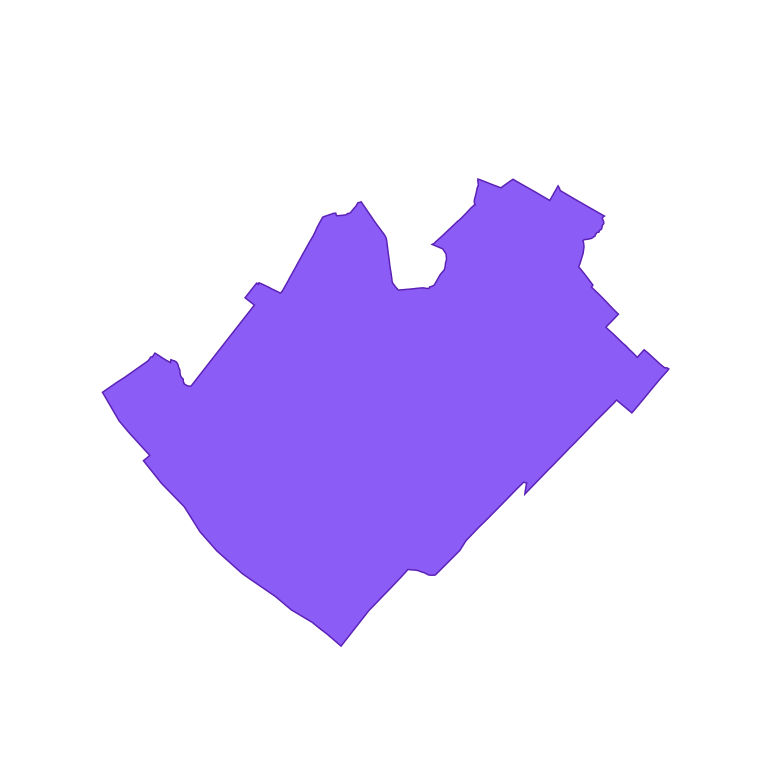 outline of Ostroveni, Dolj, Romania, rotated 26°
{"feature_id": "2599482B82593705171152", "entity_name": "Ostroveni", "entity_type": "district", "adm_level": 2, "iso_a3": "ROU", "parent_name": "Romania", "parent_adm1": "Dolj", "projection": "orthographic", "projection_center": [23.874, 43.804], "detail": "fine", "context": "isolated", "style": "filled", "palette": "violet", "viewbox_px": 768, "rotation_deg": 26, "n_neighbors": 0, "source": "geoboundaries", "source_scale": "gbopen_adm2", "svg_char_len": 6098}
<svg xmlns="http://www.w3.org/2000/svg" viewBox="0 0 768 768"><g transform="rotate(26 384 384)"><path d="M578.6,360.8L581.2,353.5L583.1,347.5L584.5,343.5L586.0,338.7L590.6,324.5L594.4,313.6L599.3,299.3L600.0,296.5L612.9,299.7L619.4,301.3L620.3,298.2L624.3,281.9L627.1,270.0L629.8,259.1L631.6,252.6L632.9,248.0L633.4,245.6L632.5,245.5L631.7,245.5L631.1,245.5L630.5,245.8L629.8,246.1L629.0,246.3L628.3,246.2L623.4,245.1L608.5,240.6L602.8,239.2L600.7,246.3L600.0,249.0L594.9,247.2L589.4,245.4L584.7,243.7L580.9,242.7L576.6,241.3L572.6,240.0L568.0,238.5L566.9,238.2L562.7,237.0L558.6,235.7L558.7,235.0L561.4,226.9L562.8,222.5L564.1,218.4L561.9,217.8L555.9,215.7L544.6,211.5L535.9,208.5L530.2,206.7L528.1,206.0L528.4,203.5L525.8,202.2L521.6,200.0L514.7,196.6L507.6,193.3L507.3,189.5L505.7,179.3L503.7,173.2L501.7,169.9L500.1,168.1L499.9,167.8L500.9,166.4L502.0,165.6L503.6,164.6L505.2,163.4L506.5,162.3L507.5,160.9L508.1,159.6L508.9,158.4L508.4,157.5L508.6,156.9L508.8,155.8L508.8,154.8L509.6,154.0L510.5,153.5L510.5,152.2L510.3,151.6L511.2,150.3L511.6,149.3L511.3,148.0L511.0,146.6L510.7,145.8L510.8,144.9L511.1,144.2L511.2,143.4L510.9,143.0L510.7,142.7L510.6,142.4L510.4,142.0L510.2,141.6L509.6,141.2L508.6,140.3L507.9,139.8L507.7,139.4L507.5,138.7L507.7,137.9L508.0,137.3L508.5,136.4L507.5,136.4L501.3,136.0L492.1,135.4L484.4,134.9L472.9,134.1L464.1,133.4L459.2,133.0L457.5,132.8L456.0,131.3L454.4,130.1L453.6,129.6L452.7,144.4L452.5,146.4L448.7,146.1L443.5,145.7L437.5,145.2L419.5,144.1L414.9,143.8L410.3,143.4L410.1,143.6L407.3,148.5L405.5,151.8L403.1,156.4L395.0,157.2L382.0,158.2L378.6,158.6L378.7,158.8L378.9,159.3L379.2,160.2L379.9,161.3L380.8,162.5L381.5,163.7L381.7,164.3L381.7,165.6L381.8,166.8L382.7,170.4L383.5,173.6L384.2,177.3L384.3,178.0L384.6,179.0L385.0,180.1L385.4,180.8L385.7,181.3L385.8,181.6L386.4,182.1L387.4,182.9L387.0,183.3L386.8,183.4L386.4,184.2L386.1,185.0L384.8,188.3L383.0,194.3L381.4,199.2L380.5,201.7L379.9,203.3L379.5,204.5L379.1,204.9L378.3,206.9L377.6,208.9L376.2,212.6L375.5,214.5L374.7,216.5L374.0,218.5L373.2,220.6L371.7,224.6L370.9,226.6L370.4,228.2L370.1,228.5L369.5,230.1L368.8,231.8L368.1,233.6L367.3,235.9L367.2,236.0L367.0,236.3L366.6,236.7L366.1,237.3L366.0,237.5L366.9,237.4L375.6,236.9L377.6,236.8L381.4,239.1L382.6,239.8L382.8,240.0L383.3,240.8L384.5,242.8L385.3,244.1L385.6,244.9L385.8,245.6L386.1,246.8L386.0,247.5L387.7,252.4L388.1,255.1L386.6,260.8L385.9,271.4L385.7,273.2L384.9,274.4L383.6,275.8L382.5,276.7L382.6,278.3L380.5,279.4L377.6,280.2L375.4,281.3L372.1,283.3L367.4,286.3L364.1,288.3L358.4,291.7L356.3,293.0L355.9,293.3L352.3,291.9L350.0,290.7L347.4,289.4L346.5,288.4L341.7,281.2L338.5,276.7L336.9,274.4L335.2,271.6L329.9,263.7L327.9,260.6L326.0,257.7L324.9,256.0L323.3,253.6L322.3,252.3L321.6,251.6L319.8,250.2L317.1,248.7L314.7,247.5L312.8,246.5L307.5,243.8L302.1,240.8L298.2,238.5L295.6,237.1L291.8,234.9L287.2,232.3L284.0,230.5L283.6,230.2L283.0,231.1L281.5,232.1L281.0,232.8L280.9,236.0L279.4,241.7L279.1,243.5L278.3,245.5L277.6,246.2L276.7,246.5L276.4,247.4L275.3,248.9L270.4,252.0L267.4,253.6L266.4,252.3L265.7,251.6L265.1,252.0L264.0,252.6L262.4,254.2L256.8,259.7L255.8,260.9L255.4,267.5L255.2,272.6L255.4,276.7L255.4,281.6L254.8,289.3L254.7,290.7L254.6,292.4L254.6,293.7L254.5,294.8L254.5,295.5L254.4,295.9L254.4,297.2L254.3,298.5L254.1,301.3L254.1,302.3L254.0,303.2L254.0,304.6L253.8,307.6L253.8,308.6L253.7,309.7L253.7,310.7L253.6,311.8L253.5,313.1L253.4,315.9L253.4,316.9L253.2,320.9L253.1,322.5L253.0,323.8L253.0,325.1L252.9,326.5L252.8,328.1L252.7,329.4L252.6,333.5L252.4,336.3L252.2,340.0L251.9,344.5L251.9,345.1L251.6,345.8L251.5,346.0L251.6,346.4L251.5,346.8L251.4,347.2L251.3,347.4L251.2,347.5L250.9,347.7L248.9,347.7L244.1,347.7L243.2,347.7L242.7,347.7L241.6,347.8L240.7,347.7L239.7,347.6L239.3,347.6L238.9,347.6L238.4,347.6L237.9,347.5L236.9,347.6L236.5,347.6L236.0,347.6L235.5,347.6L235.0,347.6L234.2,347.6L233.7,347.6L231.8,347.6L228.8,347.7L228.4,347.8L228.0,347.8L227.4,347.8L227.1,348.0L227.0,348.4L227.1,348.7L227.3,348.8L227.5,349.4L227.4,349.6L225.3,349.2L221.3,367.4L232.9,369.9L219.0,434.9L211.5,470.5L211.1,470.7L210.7,470.9L210.1,471.1L209.5,471.4L209.0,471.6L208.6,471.8L208.0,471.8L207.5,471.8L206.7,471.7L204.8,471.5L203.9,471.4L203.9,470.8L203.5,470.6L203.2,470.4L203.0,470.1L202.7,469.8L202.4,469.5L202.2,469.2L201.9,468.6L201.5,467.8L201.2,467.6L201.0,467.4L200.5,467.3L200.3,467.3L200.1,467.2L199.8,467.1L198.8,466.6L198.3,466.3L198.0,466.1L197.7,465.8L197.3,465.5L197.0,465.2L196.8,464.9L196.6,464.5L196.3,464.2L196.1,463.9L195.9,463.6L195.7,463.2L195.1,462.2L194.4,461.0L194.2,460.7L193.4,460.1L192.7,459.6L192.4,459.3L192.1,459.0L191.9,458.8L191.6,458.5L191.4,458.2L191.1,457.7L190.7,457.4L190.5,457.1L190.2,456.9L189.4,456.2L189.0,455.9L188.4,455.6L187.8,455.3L187.5,455.2L187.0,455.2L186.6,455.1L186.2,455.1L185.9,455.1L185.7,455.1L185.4,455.1L184.5,455.3L182.9,455.5L182.2,455.5L181.8,455.6L182.2,457.0L182.6,458.4L181.8,458.3L180.8,458.2L177.8,458.2L176.8,458.0L175.5,457.9L174.4,457.8L172.9,457.6L169.8,457.2L169.1,457.1L166.3,456.8L164.6,456.6L164.5,457.1L164.4,457.7L164.4,458.1L164.3,458.8L164.2,459.2L164.2,459.7L164.0,460.7L164.0,460.9L164.1,461.1L163.7,461.3L162.8,461.8L162.5,462.0L162.4,462.2L162.4,462.3L162.3,462.6L162.4,463.2L162.4,463.7L162.2,464.4L162.1,465.1L162.0,465.8L161.5,467.2L147.7,492.2L144.4,497.6L142.8,500.3L134.6,514.9L135.7,515.6L162.1,533.3L176.1,539.5L204.8,550.9L201.4,558.4L227.7,570.9L258.3,581.9L283.6,597.6L306.9,607.3L339.9,616.6L350.1,618.2L379.6,622.6L399.9,627.7L423.9,629.7L433.0,631.8L435.3,632.3L440.4,633.3L442.3,633.7L460.3,638.4L469.8,593.9L471.9,587.7L475.4,576.8L477.3,571.1L480.9,559.9L483.9,550.4L486.1,542.9L486.8,540.2L490.5,538.9L493.8,537.5L496.9,536.7L499.9,536.5L502.9,536.0L507.7,536.1L509.5,535.5L511.4,534.6L512.5,534.1L513.5,533.4L514.1,532.7L514.2,532.2L525.1,500.5L526.4,488.8L532.3,470.5L536.2,459.7L538.1,453.9L543.4,438.2L549.4,420.0L552.5,411.1L555.6,410.5L557.9,418.4L558.9,421.2L559.8,418.3L562.2,410.9L565.5,400.8L569.4,388.8L571.1,384.0L578.2,362.3L578.6,360.8Z" fill="#8b5cf6" stroke="#5b21b6" stroke-width="1.5"/></g></svg>